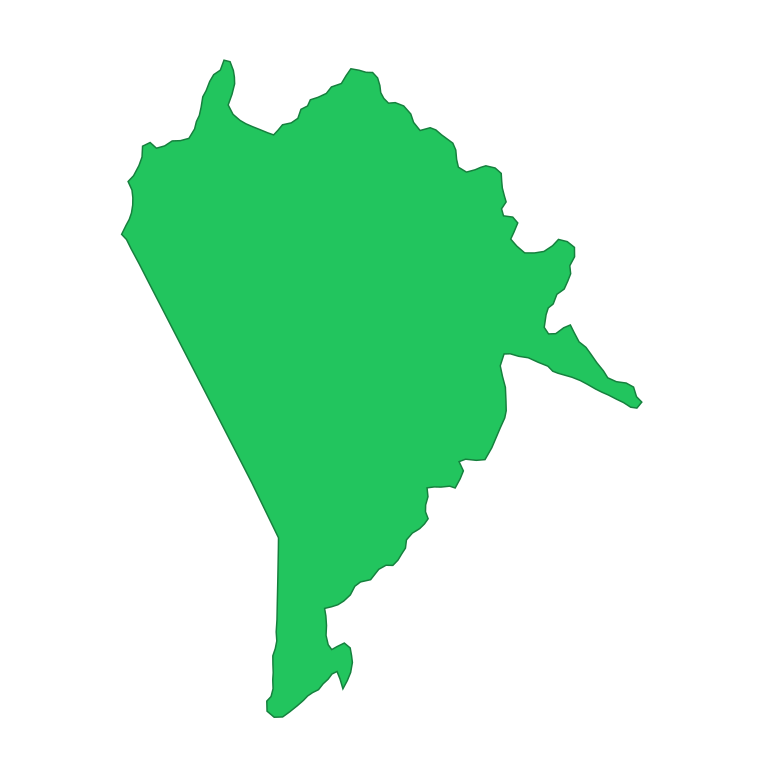 Anchieta, Espírito Santo, Brazil (Natural Earth projection), rotated 178°
{"feature_id": "56859067B41158755136707", "entity_name": "Anchieta", "entity_type": "district", "adm_level": 2, "iso_a3": "BRA", "parent_name": "Brazil", "parent_adm1": "Espírito Santo", "projection": "natural_earth1", "projection_center": [-40.708, -20.693], "detail": "fine", "context": "isolated", "style": "filled", "palette": "green", "viewbox_px": 768, "rotation_deg": 178, "n_neighbors": 0, "source": "geoboundaries", "source_scale": "gbopen_adm2", "svg_char_len": 2969}
<svg xmlns="http://www.w3.org/2000/svg" viewBox="0 0 768 768"><g transform="rotate(178 384 384)"><path d="M134.7,372.2L141.9,376.5L151.7,378.2L160.2,382.4L164.2,389.4L170.6,397.9L176.2,406.6L180.9,413.6L187.6,419.3L192.3,429.0L195.7,436.5L202.5,433.9L210.6,428.3L217.8,428.3L221.9,435.0L219.6,447.6L217.2,454.3L212.1,458.1L208.1,467.6L200.6,472.6L196.8,480.3L193.6,487.7L194.2,495.7L189.1,504.5L188.9,513.9L195.9,519.9L204.6,522.4L210.7,516.3L219.5,510.9L229.1,509.7L238.8,510.1L246.5,517.2L252.3,524.4L248.9,531.1L244.7,540.3L249.5,546.3L258.7,547.9L260.4,555.0L255.6,561.7L257.2,568.0L258.9,575.7L259.3,582.6L259.5,590.4L265.4,596.0L274.6,598.5L279.9,597.1L285.5,594.9L294.2,592.9L302.1,598.1L303.6,605.9L304.1,615.3L306.8,622.3L317.8,631.0L323.3,636.1L328.9,638.5L339.1,636.1L345.3,644.4L347.8,652.9L354.6,661.2L363.0,664.8L369.7,664.5L374.2,669.4L377.1,675.3L377.7,682.4L379.7,690.1L384.5,695.7L391.0,696.1L397.8,698.4L406.1,700.2L411.1,693.5L416.1,685.8L426.2,682.7L431.5,676.4L440.0,672.8L447.7,670.6L450.7,664.5L457.4,661.4L460.8,652.5L467.6,648.2L476.4,646.6L481.1,641.3L485.6,636.8L491.7,639.2L499.2,642.6L506.5,645.8L513.0,648.9L518.7,652.5L525.5,658.8L530.0,668.3L525.8,678.8L522.8,689.2L522.8,695.9L523.6,702.6L526.6,711.5L532.6,713.2L536.6,703.4L543.4,699.1L547.6,692.5L551.5,683.4L555.1,677.3L557.1,667.0L559.2,658.8L562.3,652.9L564.4,645.5L570.4,636.3L579.0,634.3L587.2,634.3L594.9,629.6L603.2,627.6L609.3,633.5L617.0,630.1L617.9,619.3L621.3,610.8L627.0,600.9L632.7,595.3L629.1,586.6L628.5,578.8L628.9,571.6L630.4,563.8L632.8,557.5L636.3,551.5L641.0,542.7L636.3,537.4L631.9,527.7L624.4,512.5L615.7,493.9L600.8,462.4L561.9,380.0L554.4,364.1L519.5,289.8L494.8,234.0L495.3,223.2L496.8,194.8L498.3,168.5L499.2,152.0L500.4,140.0L500.1,131.0L501.9,123.3L504.6,116.2L504.8,107.7L504.8,99.4L505.5,92.3L505.5,83.3L507.8,75.6L512.2,71.2L512.3,61.1L505.4,54.8L496.9,54.8L489.5,59.8L481.5,65.8L475.5,70.7L471.2,74.9L466.1,78.1L460.1,80.8L455.4,86.4L450.2,90.9L446.1,96.0L441.0,98.3L438.3,90.9L435.7,80.8L431.0,88.9L427.4,96.9L425.3,106.8L425.9,113.7L427.0,121.4L432.7,126.5L440.1,123.2L445.5,120.4L448.9,125.4L450.7,134.8L449.9,144.6L450.2,154.2L451.2,161.8L444.2,163.2L437.8,165.0L431.8,168.5L425.0,174.4L420.2,182.9L414.4,187.0L404.2,188.9L395.7,199.0L388.3,202.8L381.5,202.4L376.2,207.5L372.1,213.8L368.3,219.2L367.0,227.4L360.9,234.0L353.4,238.2L348.4,242.8L344.6,247.8L347.0,254.8L346.6,261.7L344.0,269.8L344.6,278.7L337.4,279.4L330.6,279.0L321.9,279.6L316.5,277.6L311.2,286.6L307.7,294.4L311.7,303.8L305.1,306.0L294.4,304.5L285.7,304.9L278.5,316.5L269.3,336.2L264.5,345.9L262.8,353.0L262.7,362.5L262.8,376.4L265.3,387.3L267.2,398.1L263.0,409.8L256.8,409.8L248.5,407.0L238.9,405.2L229.1,400.3L219.6,396.1L214.9,390.9L209.8,388.7L202.1,386.2L195.9,384.2L187.7,380.6L180.6,376.5L172.6,371.5L166.3,368.1L160.2,365.2L152.2,360.7L145.3,357.1L138.3,352.2L132.1,351.1L127.0,356.9L132.1,362.5L134.7,372.2Z" fill="#22c55e" stroke="#15803d" stroke-width="1.5"/></g></svg>